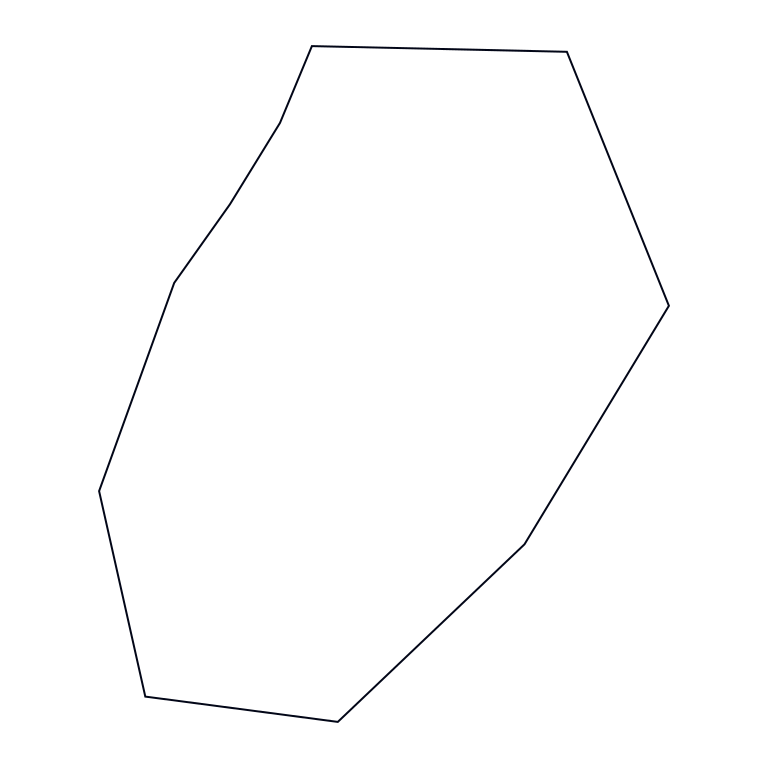 the Municipality of Gəncə
{"feature_id": "AZE-1679", "entity_name": "Gəncə", "entity_type": "Municipality", "adm_level": 1, "iso_a3": "AZE", "parent_name": "Azerbaijan", "parent_adm1": "", "projection": "mercator", "projection_center": [46.342, 40.674], "detail": "fine", "context": "isolated", "style": "outline", "palette": "ink", "viewbox_px": 768, "rotation_deg": 0, "n_neighbors": 0, "source": "natural_earth", "source_scale": "10m", "svg_char_len": 268}
<svg xmlns="http://www.w3.org/2000/svg" viewBox="0 0 768 768"><path d="M337.8,721.9L145.3,696.6L99.1,491.1L137.6,384.5L174.2,282.9L230.0,204.2L280.0,122.9L311.9,46.1L566.9,51.8L668.9,305.8L524.5,544.3L337.8,721.9Z" fill="none" stroke="#020617" stroke-width="2"/></svg>